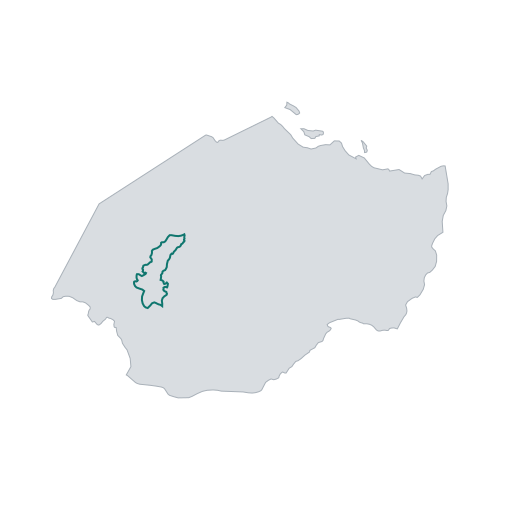 Shinyanga on a map of United Republic of Tanzania (Mercator projection), rotated 298°
{"feature_id": "TZA-3358", "entity_name": "Shinyanga", "entity_type": "Region", "adm_level": 1, "iso_a3": "TZA", "parent_name": "United Republic of Tanzania", "parent_adm1": "", "projection": "mercator", "projection_center": [32.976, -3.814], "detail": "fine", "context": "in_parent", "style": "outline", "palette": "teal", "viewbox_px": 512, "rotation_deg": 298, "n_neighbors": 0, "source": "natural_earth", "source_scale": "10m", "svg_char_len": 5761}
<svg xmlns="http://www.w3.org/2000/svg" viewBox="0 0 512 512"><g transform="rotate(298 256 256)"><path d="M196.4,348.3L191.4,345.7L186.9,344.1L183.3,342.3L181.6,340.6L178.2,339.9L175.2,339.6L172.5,338.0L166.8,337.5L166.2,336.4L166.1,334.0L165.1,333.4L163.1,332.8L160.8,332.8L159.5,333.2L158.7,333.0L156.8,331.6L155.1,329.8L154.5,327.0L151.9,325.2L148.9,323.8L140.6,323.9L139.3,323.5L137.4,322.1L135.1,319.7L133.2,317.0L131.6,313.4L129.9,308.4L120.4,288.8L119.4,285.1L117.6,281.0L114.5,275.9L111.3,272.2L107.0,268.8L102.0,265.4L99.3,263.1L94.2,253.9L93.2,249.6L92.4,245.1L92.7,243.3L95.9,237.5L96.2,235.9L95.8,233.7L94.3,229.1L92.3,223.6L88.2,213.5L87.7,210.9L87.7,209.0L90.1,198.7L90.1,197.3L99.6,197.5L106.5,193.0L112.6,186.2L113.8,183.4L116.2,179.1L118.6,177.0L119.6,175.5L121.0,171.2L124.1,168.3L127.2,166.1L126.6,164.5L127.0,163.9L128.7,162.7L132.0,161.7L132.6,159.5L132.6,156.9L132.1,155.5L132.2,153.8L131.7,152.9L129.5,152.7L126.4,151.4L123.7,150.9L121.9,150.1L121.2,149.6L120.9,148.1L122.4,144.1L120.9,142.5L124.2,136.0L124.8,135.2L126.0,135.1L128.0,134.4L129.7,134.1L131.2,134.4L132.2,134.1L133.2,133.4L133.9,131.2L134.6,127.5L134.2,124.5L132.9,122.1L132.5,118.6L133.1,113.9L132.7,109.9L131.1,106.8L129.6,104.9L127.2,104.0L123.5,99.2L122.3,96.9L122.5,95.4L123.8,94.8L126.2,95.0L128.4,94.4L130.5,93.1L132.6,92.7L133.6,93.0L228.4,93.0L339.1,154.8L339.6,155.5L340.5,160.8L340.3,162.6L338.6,165.7L338.1,167.3L338.0,168.4L338.5,168.9L339.9,169.0L341.2,169.8L341.6,170.3L342.6,172.6L343.8,173.8L385.9,204.2L386.8,204.6L386.2,207.2L383.8,213.4L383.7,216.0L382.8,219.0L381.9,221.0L379.4,229.7L377.4,233.0L374.6,240.6L374.2,246.5L375.7,250.6L376.3,254.4L379.5,258.2L382.1,259.5L383.9,261.2L387.0,265.2L388.8,269.1L394.4,271.1L396.6,275.5L395.8,278.5L393.2,281.1L390.8,285.2L388.8,290.5L388.8,298.8L390.1,297.5L393.1,299.5L393.4,305.6L390.4,312.7L389.4,316.0L389.3,318.8L391.5,327.3L394.9,331.6L394.6,332.9L393.7,334.1L399.5,341.7L399.0,348.3L401.2,353.5L402.1,358.0L403.5,361.4L403.8,363.8L402.0,366.5L406.2,367.1L408.7,369.3L409.8,371.3L412.9,371.2L414.5,372.7L416.9,373.8L422.1,377.3L423.5,379.0L424.3,380.7L410.0,391.7L404.8,394.5L401.1,395.8L397.1,396.5L393.4,398.2L389.8,401.0L385.3,402.3L379.7,402.3L373.9,404.2L364.7,409.9L359.4,406.8L355.2,405.8L350.4,405.9L347.5,406.3L346.4,406.9L345.5,408.9L344.7,412.0L341.6,415.1L336.0,418.0L330.9,419.1L326.3,418.3L323.1,417.1L321.5,415.4L319.0,414.7L315.8,414.8L312.7,416.0L309.8,418.3L305.1,419.3L298.7,419.0L295.2,417.9L294.7,416.0L291.9,413.7L286.8,411.2L283.0,411.1L280.5,413.6L278.3,415.1L276.3,415.7L274.5,415.8L271.9,415.2L264.7,414.9L258.0,415.0L257.3,411.5L255.9,409.3L254.7,408.0L252.4,407.7L251.7,406.7L251.0,404.5L249.8,402.6L248.3,401.1L247.4,399.7L247.1,398.3L247.3,396.9L248.7,393.3L249.2,390.8L249.0,388.3L248.2,385.7L246.6,382.6L246.8,381.7L246.3,379.6L246.2,378.1L246.5,376.3L246.2,373.8L244.8,368.7L244.8,367.4L243.4,364.9L238.9,359.0L238.7,358.2L231.7,352.3L228.9,351.0L227.9,352.1L227.5,353.1L227.8,355.0L227.6,356.0L227.3,356.4L225.6,356.3L224.6,356.1L221.9,354.5L219.9,354.1L214.7,354.4L212.9,354.8L211.5,354.4L208.8,351.7L205.6,351.1L202.7,351.0L198.0,347.9L196.4,348.3ZM395.1,249.6L397.4,256.1L397.1,257.3L395.5,258.1L394.6,258.1L393.6,257.1L392.9,254.9L391.7,255.4L389.6,252.8L387.5,252.7L385.6,249.6L386.3,246.9L385.9,242.2L388.2,239.9L389.4,235.9L390.9,238.6L391.2,242.9L393.2,247.8L395.1,249.6ZM406.3,211.1L406.4,212.7L406.0,214.1L406.1,218.7L405.9,221.7L404.2,225.9L402.8,227.4L401.5,227.0L400.5,226.3L399.7,225.2L401.3,217.4L400.5,211.8L403.7,212.3L406.3,211.1ZM401.6,304.6L400.0,305.0L399.3,304.6L398.3,303.3L400.1,302.2L401.8,300.1L405.7,297.0L407.5,294.5L407.2,296.9L405.0,302.2L403.1,302.6L401.6,304.6Z" fill="#d9dde1" stroke="#a8b0b8" stroke-width="1"/><path d="M219.2,181.6L218.6,181.2L218.5,180.4L216.8,180.0L215.0,180.5L214.2,180.8L212.1,180.8L210.5,180.3L207.0,181.2L204.3,182.4L202.7,182.5L200.9,182.4L199.5,181.2L198.3,180.8L196.8,181.4L194.7,181.0L194.1,181.2L193.7,181.7L191.8,182.5L190.1,183.0L190.4,184.8L190.0,186.4L189.3,186.6L188.9,187.1L188.4,187.6L188.2,188.1L188.7,188.7L189.3,189.2L190.7,189.7L190.1,191.3L187.2,192.2L186.5,192.2L186.4,191.7L186.4,191.1L186.1,190.3L185.5,189.7L184.5,189.2L183.5,189.9L182.7,190.0L182.2,190.8L182.0,192.0L182.2,193.1L182.1,193.8L181.6,194.1L180.9,195.1L179.8,195.3L178.6,194.7L177.4,194.0L174.9,193.3L172.4,193.8L169.9,195.6L167.7,196.7L167.9,195.5L168.0,194.3L167.6,192.8L167.5,191.2L167.5,189.6L167.3,188.0L166.4,187.2L165.4,186.4L162.7,185.9L159.2,184.8L158.8,182.7L159.2,180.8L160.9,178.2L163.6,175.9L166.8,174.4L169.8,174.0L172.6,173.7L173.0,171.4L172.5,168.4L172.1,165.3L172.7,163.3L174.0,161.6L175.0,160.9L176.1,160.5L177.0,161.2L177.3,162.3L178.1,162.9L179.0,163.0L179.5,162.0L180.2,161.2L181.1,160.5L183.0,159.6L184.0,159.4L184.6,160.3L184.9,161.4L184.7,163.1L184.7,164.6L185.8,165.4L188.2,166.9L189.3,166.9L189.3,166.1L188.6,166.0L188.5,165.0L188.9,163.9L189.1,163.1L190.0,163.1L190.9,162.7L191.3,161.7L192.0,161.4L192.7,161.6L193.7,161.3L194.6,161.1L195.5,161.8L196.4,162.6L196.9,163.7L197.7,164.4L198.7,164.7L199.6,165.1L200.2,165.2L200.8,165.5L201.4,166.1L202.1,166.5L204.1,165.5L205.2,163.3L206.3,162.9L207.4,163.2L208.7,163.0L209.9,162.7L211.6,161.7L213.1,161.9L214.6,163.1L216.7,165.1L219.4,166.4L220.9,166.8L222.0,166.6L223.1,166.0L223.9,166.4L224.8,168.1L226.3,169.0L228.5,169.2L231.3,169.3L233.8,170.0L234.7,171.6L235.8,175.1L237.1,178.1L238.7,180.2L240.0,181.4L241.5,182.5L240.7,183.3L238.9,183.8L237.7,184.8L236.9,184.6L236.2,185.0L235.8,185.8L234.9,185.8L233.9,185.3L232.8,185.3L232.2,185.1L231.7,184.7L231.2,184.4L230.5,184.6L229.5,184.6L228.5,184.3L227.7,183.7L227.1,182.9L226.3,182.4L225.3,182.3L223.5,182.2L221.2,181.5L220.2,181.5L219.2,181.6Z" fill="none" stroke="#0f766e" stroke-width="2"/></g></svg>